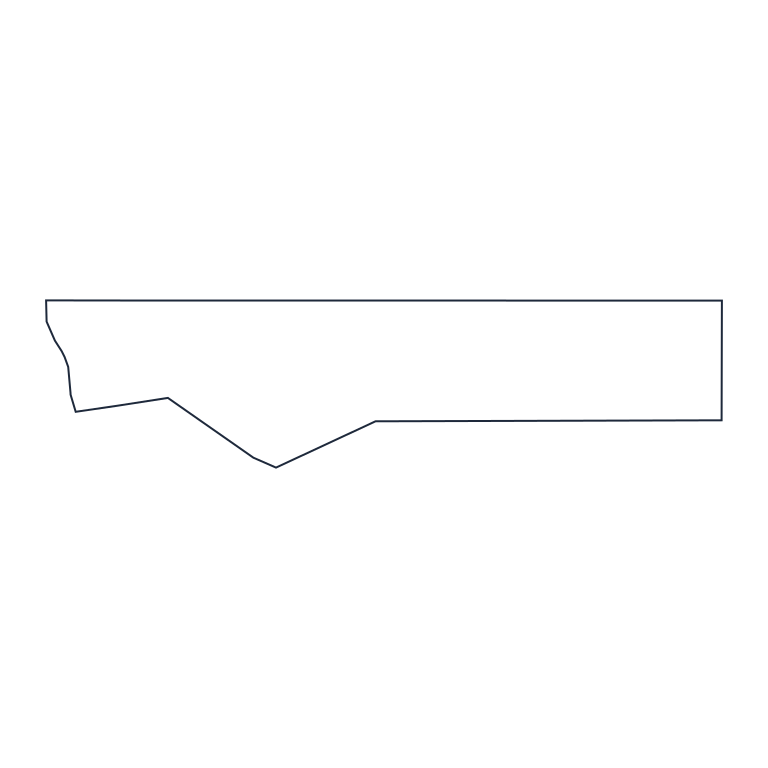 SVG path tracing the border of Ohangwena
{"feature_id": "NAM-3352", "entity_name": "Ohangwena", "entity_type": "Region", "adm_level": 1, "iso_a3": "NAM", "parent_name": "Namibia", "parent_adm1": "", "projection": "robinson", "projection_center": [16.315, -17.652], "detail": "fine", "context": "isolated", "style": "outline", "palette": "slate", "viewbox_px": 768, "rotation_deg": 0, "n_neighbors": 0, "source": "natural_earth", "source_scale": "10m", "svg_char_len": 475}
<svg xmlns="http://www.w3.org/2000/svg" viewBox="0 0 768 768"><path d="M46.1,300.4L49.2,300.4L120.2,300.5L191.2,300.5L262.2,300.5L333.2,300.5L404.2,300.5L475.3,300.5L522.2,300.6L546.3,300.6L617.3,300.6L688.3,300.6L721.9,300.6L721.6,420.3L375.5,421.3L276.0,467.6L253.4,457.7L168.0,398.0L167.9,397.9L117.6,405.7L75.7,411.8L70.6,394.7L70.5,392.8L68.2,366.9L64.6,357.0L61.7,351.2L54.9,340.6L46.6,321.6L46.1,300.5L46.1,300.4Z" fill="none" stroke="#1e293b" stroke-width="2"/></svg>